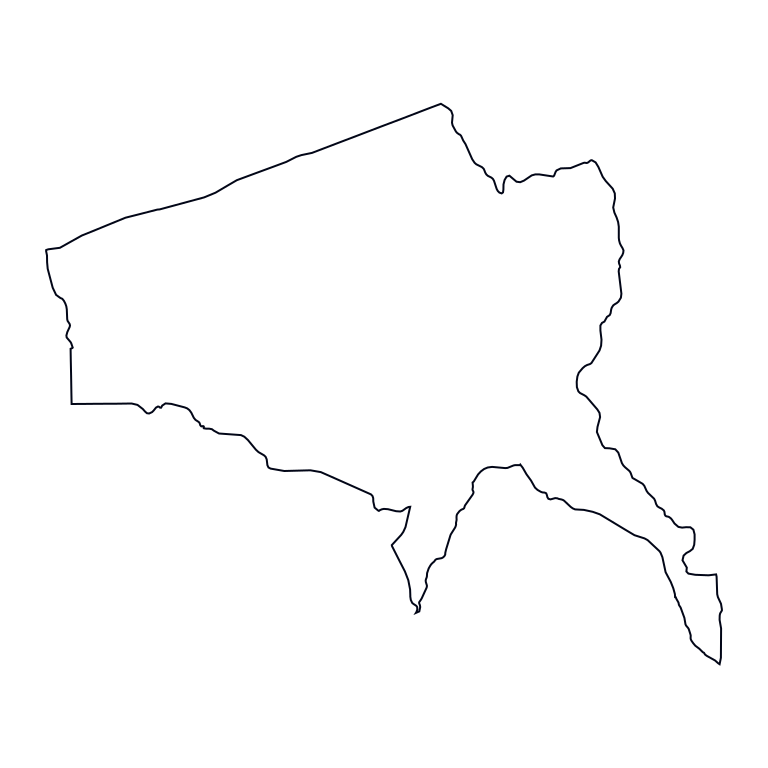 outline of Tete
{"feature_id": "MOZ-1190", "entity_name": "Tete", "entity_type": "Province", "adm_level": 1, "iso_a3": "MOZ", "parent_name": "Mozambique", "parent_adm1": "", "projection": "robinson", "projection_center": [33.352, -15.869], "detail": "fine", "context": "isolated", "style": "outline", "palette": "ink", "viewbox_px": 768, "rotation_deg": 0, "n_neighbors": 0, "source": "natural_earth", "source_scale": "10m", "svg_char_len": 5909}
<svg xmlns="http://www.w3.org/2000/svg" viewBox="0 0 768 768"><path d="M71.6,404.0L71.4,393.5L71.1,375.4L70.8,361.0L70.6,348.8L72.4,348.0L72.7,347.6L71.2,343.2L70.5,342.0L66.7,337.5L66.4,335.5L67.3,332.1L69.7,326.9L70.0,325.4L69.6,323.9L67.6,320.9L67.2,319.2L66.8,309.4L66.3,306.3L65.3,303.5L63.9,300.8L62.3,298.8L60.4,298.0L56.1,294.9L52.7,287.7L47.7,268.8L47.1,262.3L47.0,255.5L46.1,251.0L46.2,250.0L48.3,249.3L59.9,247.8L69.7,242.3L81.9,235.5L96.0,229.8L107.2,225.2L125.5,217.7L138.6,214.4L157.3,209.6L159.7,209.4L173.4,205.7L190.4,201.1L204.1,197.4L215.5,192.7L227.7,185.5L236.8,180.2L255.7,173.2L273.1,166.8L286.3,161.9L296.3,156.8L301.4,155.1L312.0,152.9L324.3,148.2L338.2,142.9L358.2,135.3L380.4,126.8L403.2,118.2L419.8,111.8L431.3,107.4L440.9,103.8L448.2,108.3L451.2,110.9L452.7,115.2L452.0,122.7L452.6,125.4L455.9,131.5L457.0,132.8L458.9,134.2L460.0,134.7L461.0,135.7L461.4,136.5L463.2,140.5L465.5,144.1L472.2,159.2L474.6,162.8L476.3,164.3L481.9,167.1L483.7,168.8L484.5,170.6L485.2,172.5L486.3,174.4L487.8,175.8L491.4,177.6L492.9,178.9L494.0,180.8L495.9,186.6L496.7,189.0L497.8,191.0L499.4,192.6L501.7,193.4L503.0,192.4L503.4,189.7L503.5,184.4L504.6,180.0L506.6,176.6L509.4,175.7L516.5,181.7L520.2,182.2L524.0,180.6L531.7,175.4L535.3,174.4L539.2,174.4L553.1,176.5L554.1,175.7L555.6,171.9L556.6,170.4L560.8,168.4L570.5,168.1L583.6,162.9L584.6,162.7L586.7,163.0L587.7,162.7L588.7,162.0L589.7,161.1L590.7,160.4L591.8,160.2L595.6,162.4L596.7,164.2L598.4,167.0L602.7,176.8L605.8,181.1L612.7,188.7L614.8,193.4L615.0,198.5L613.2,207.5L614.4,212.6L616.6,217.5L618.1,222.0L618.8,226.7L618.8,237.9L619.1,240.4L619.9,243.4L621.1,245.8L622.5,248.1L623.5,250.4L623.2,252.9L622.3,255.2L619.6,259.3L618.8,261.5L619.1,263.6L619.9,265.5L620.2,267.2L619.0,268.9L618.7,271.4L620.1,283.0L621.4,293.7L620.9,297.7L618.5,301.6L616.7,303.1L615.0,304.1L613.3,305.3L611.8,307.6L611.2,309.4L610.6,313.2L609.7,315.1L607.0,316.9L604.4,321.6L602.0,322.9L600.4,325.5L600.4,330.5L601.5,339.7L601.1,345.7L599.5,350.5L591.4,363.1L589.9,364.1L587.1,365.0L584.9,366.2L582.6,368.2L578.8,372.7L577.4,376.5L576.7,381.8L576.9,387.2L578.4,391.4L580.0,393.0L584.4,395.3L586.3,396.6L597.3,409.4L599.5,412.9L600.1,417.1L597.5,426.9L596.9,432.0L602.4,445.2L604.9,448.1L609.5,448.3L615.3,449.3L618.3,452.6L621.9,463.1L623.3,465.4L625.0,467.2L629.2,470.8L630.1,471.9L630.8,473.3L632.4,477.8L633.2,478.4L634.2,478.9L642.6,483.8L644.3,485.8L646.6,490.9L648.0,492.9L654.1,498.7L655.1,500.7L656.1,504.0L657.4,506.3L659.4,507.6L661.7,508.7L662.9,509.7L663.8,510.4L664.4,511.7L664.8,514.6L665.4,515.7L666.3,516.3L668.3,516.7L669.2,517.1L671.0,518.5L672.1,519.9L674.5,523.5L678.4,526.9L682.1,527.6L686.1,527.2L690.4,527.3L693.4,529.7L694.6,534.4L694.6,539.9L694.2,544.8L692.7,548.9L689.8,551.2L686.4,553.0L683.6,555.6L682.5,560.3L686.8,567.6L686.4,571.5L688.4,573.6L695.3,574.8L708.6,575.3L716.1,574.4L716.6,576.7L717.2,594.2L717.9,597.1L721.0,603.8L721.9,609.3L721.9,610.5L720.2,613.3L719.9,614.4L719.7,615.6L719.6,619.3L719.6,619.9L721.1,628.5L720.9,657.8L719.6,664.2L718.1,663.2L715.1,660.5L706.7,655.8L705.0,654.5L704.0,652.8L702.8,652.2L699.4,648.8L695.3,645.7L693.2,643.2L691.4,640.6L690.8,639.3L690.6,638.3L690.7,635.5L690.5,634.6L688.8,629.2L688.2,628.1L686.1,625.6L685.5,624.4L684.4,617.9L680.6,607.5L679.2,605.4L678.9,604.7L678.5,602.6L676.3,598.7L675.8,597.3L675.1,597.2L674.9,594.1L673.3,588.3L670.8,582.0L665.6,572.2L662.4,557.2L660.5,552.6L659.4,551.1L647.6,540.1L644.5,538.4L634.5,535.2L624.6,529.3L599.8,514.3L592.7,511.8L583.9,509.9L575.1,509.4L572.8,508.4L570.7,506.9L564.0,500.6L563.0,500.0L561.6,499.5L558.7,498.9L557.3,498.3L555.2,498.1L550.5,499.4L548.4,498.8L547.4,497.2L546.9,495.1L546.2,493.3L544.7,492.6L542.4,492.4L540.8,491.8L537.5,489.9L535.0,487.6L531.0,480.5L526.5,474.3L522.7,467.7L520.3,464.6L520.0,465.1L515.1,465.1L513.4,465.5L507.5,467.9L505.3,468.1L492.1,466.9L487.7,467.5L484.1,469.0L480.9,471.4L478.1,474.4L473.7,481.6L472.6,482.5L472.9,486.0L472.9,487.1L472.5,489.3L472.6,490.1L473.3,491.4L473.5,492.2L473.3,493.3L472.6,494.7L465.1,505.3L464.7,506.2L464.4,507.4L464.1,508.2L463.3,508.9L461.8,509.5L461.2,509.8L459.5,511.1L457.3,513.9L456.9,514.7L456.6,515.8L456.5,517.5L456.6,519.6L456.5,520.4L456.0,522.9L456.0,523.7L456.1,524.5L455.8,525.8L455.2,527.4L450.8,534.4L450.4,535.4L446.1,549.4L445.3,552.8L445.2,554.6L444.9,555.2L444.4,556.1L443.3,557.2L442.4,557.8L441.5,558.2L436.9,559.0L436.2,559.3L435.6,559.7L435.1,560.2L434.3,561.4L433.8,561.9L432.7,562.8L431.3,564.2L430.3,565.6L428.7,568.4L427.1,573.1L426.9,576.4L426.6,577.6L426.0,579.1L425.7,580.3L425.8,581.9L426.9,585.5L426.9,586.4L426.6,587.7L421.7,598.4L420.6,600.2L419.3,602.0L419.1,602.9L419.5,604.2L419.9,605.1L420.1,606.3L420.2,607.1L419.3,611.4L415.9,612.9L416.5,611.9L417.3,609.5L417.2,607.1L416.3,605.8L413.4,603.9L412.2,602.9L410.8,599.9L410.3,596.6L410.3,595.1L410.1,589.5L408.3,580.2L404.9,571.4L399.4,560.7L392.0,546.1L391.8,545.1L401.2,534.9L403.3,531.9L405.5,527.1L409.2,511.1L410.2,506.8L408.5,507.0L406.3,508.0L402.4,510.8L400.3,511.5L396.1,511.2L388.0,509.2L383.9,508.9L381.9,509.3L380.0,510.1L378.9,510.9L378.1,510.5L374.6,507.6L373.3,501.6L373.2,498.1L372.5,496.0L371.0,494.4L355.3,487.4L334.4,478.1L320.8,472.1L310.4,470.3L284.3,471.0L270.6,468.6L268.5,467.5L267.4,465.2L266.7,459.4L265.6,456.8L264.0,455.3L258.5,452.1L255.9,449.7L247.9,440.0L244.3,436.7L241.0,435.1L219.0,433.5L213.9,430.7L211.9,429.2L209.3,428.7L206.4,428.7L203.9,428.3L203.6,427.9L203.8,427.2L203.8,426.5L203.2,426.1L202.7,426.1L201.6,426.4L201.2,426.3L200.3,425.3L199.9,423.9L199.3,422.5L198.0,421.5L195.5,419.9L193.8,417.8L191.3,412.7L189.4,410.1L187.2,408.4L184.7,407.4L171.3,403.9L165.5,403.4L162.2,405.6L161.1,407.7L160.1,407.7L159.1,406.8L158.0,406.5L156.0,407.6L153.6,410.6L152.1,412.1L149.1,413.5L146.9,413.2L145.0,411.5L142.8,409.0L137.5,404.9L131.6,403.5L117.4,403.7L95.9,403.8L86.4,403.9L71.6,404.0Z" fill="none" stroke="#020617" stroke-width="2"/></svg>